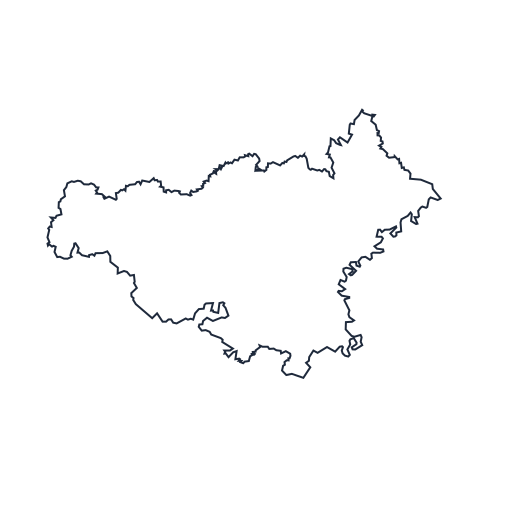 outline of Tantoyuca, Veracruz, Mexico, rotated 251°
{"feature_id": "50627088B9649339399974", "entity_name": "Tantoyuca", "entity_type": "district", "adm_level": 2, "iso_a3": "MEX", "parent_name": "Mexico", "parent_adm1": "Veracruz", "projection": "mercator", "projection_center": [-98.193, 21.39], "detail": "fine", "context": "isolated", "style": "outline", "palette": "slate", "viewbox_px": 512, "rotation_deg": 251, "n_neighbors": 0, "source": "geoboundaries", "source_scale": "gbopen_adm2", "svg_char_len": 6123}
<svg xmlns="http://www.w3.org/2000/svg" viewBox="0 0 512 512"><g transform="rotate(251 256 256)"><path d="M250.2,449.3L261.8,445.0L266.5,446.0L274.5,436.7L278.9,426.8L283.6,428.9L287.3,427.7L289.1,424.4L291.7,424.6L291.8,422.5L296.9,423.5L297.0,421.8L301.2,422.9L301.2,421.4L305.3,419.6L304.4,419.2L305.6,413.8L308.3,412.1L310.3,413.6L315.7,410.8L317.1,408.6L318.3,410.1L320.3,408.3L321.1,412.5L323.1,412.9L324.2,411.4L327.3,412.8L329.8,411.8L330.5,410.2L332.7,410.9L332.2,412.0L334.0,413.0L335.7,411.3L341.2,411.9L346.1,408.9L350.4,411.7L349.6,412.7L350.7,414.3L351.8,412.0L350.6,411.5L355.7,404.8L358.3,403.3L358.9,404.4L359.7,403.9L355.4,399.1L352.5,393.5L348.8,391.5L350.5,388.5L349.6,387.4L341.5,383.6L339.5,386.3L333.5,379.5L340.9,374.0L339.5,371.4L333.2,372.4L333.7,371.6L336.6,368.5L340.0,367.6L342.8,365.0L335.7,362.2L335.8,361.2L330.5,357.8L329.5,356.0L327.9,358.8L325.5,357.1L324.9,358.5L319.2,359.5L314.9,356.2L308.6,357.1L307.5,355.3L304.3,354.5L307.6,351.7L311.9,352.3L313.3,350.2L315.4,349.8L316.0,348.7L314.4,345.9L316.8,343.9L316.9,341.8L320.3,337.4L319.7,335.9L320.4,335.1L322.3,334.2L331.5,335.6L334.2,335.2L335.0,333.9L336.4,334.6L335.0,332.0L336.5,330.4L335.2,327.6L337.8,325.7L337.9,323.8L336.3,316.6L335.0,315.4L336.0,313.8L334.5,312.5L335.4,311.2L333.8,308.3L339.2,302.6L338.6,299.9L339.7,297.5L336.3,296.2L336.5,294.7L334.0,293.8L333.2,291.4L334.3,291.3L335.7,286.7L336.1,288.5L338.3,286.7L337.1,286.4L336.9,283.2L340.3,284.8L340.5,286.4L342.1,285.7L344.6,290.3L347.1,290.7L352.3,288.9L353.2,287.5L351.5,285.2L355.0,282.9L354.8,281.7L352.9,281.2L354.9,278.4L353.7,278.3L353.3,276.4L354.6,272.7L352.2,270.0L354.1,267.0L351.5,263.5L352.7,262.4L352.4,260.0L353.7,260.0L353.3,257.5L354.2,257.4L351.6,254.7L353.0,252.4L351.3,252.9L349.5,251.1L352.5,250.4L350.3,249.0L351.3,246.1L349.5,247.4L348.7,245.6L346.7,245.1L348.2,243.9L349.5,244.8L350.1,243.8L348.1,242.1L347.8,238.9L346.2,238.7L347.0,237.4L342.2,235.5L343.4,233.8L343.4,230.8L341.6,231.5L341.4,229.4L339.6,229.0L339.7,227.5L338.0,228.1L337.3,226.4L338.2,221.8L336.6,222.2L336.4,220.9L337.0,217.4L338.9,216.1L337.0,214.2L334.6,214.8L334.5,213.4L337.0,210.6L338.6,205.0L340.8,203.9L341.9,205.0L342.6,204.0L344.4,200.1L343.9,196.9L347.0,195.0L347.4,192.4L345.4,191.7L346.9,189.7L351.0,190.9L352.8,187.9L353.4,189.2L357.5,190.1L358.3,187.5L360.1,187.2L360.6,184.8L362.9,184.6L360.7,179.3L364.4,173.0L361.4,170.2L364.3,169.6L364.7,167.5L363.2,165.1L364.5,159.5L363.7,157.4L364.7,155.9L360.3,153.8L362.1,152.9L361.6,150.9L362.5,149.8L360.7,146.4L361.1,144.0L355.4,142.9L354.8,141.8L360.0,136.4L359.5,131.3L361.1,131.0L360.9,132.5L364.7,130.4L367.0,125.2L367.9,126.4L370.0,125.8L370.3,127.8L372.1,129.3L372.9,127.2L376.2,126.1L378.4,123.7L378.1,121.1L379.8,116.7L383.7,114.6L385.2,112.0L385.3,108.0L386.6,106.1L386.1,101.3L382.9,99.1L380.8,95.8L374.6,94.8L373.2,90.0L371.3,88.8L371.1,87.1L365.8,85.0L364.1,86.4L358.7,85.6L359.0,80.5L357.3,78.8L359.2,74.6L355.8,76.1L354.7,73.2L350.0,72.2L351.0,70.6L349.7,68.5L348.0,69.0L341.5,64.9L336.3,65.2L335.6,62.9L333.6,62.7L334.5,64.2L331.3,66.2L331.6,67.8L329.9,69.6L325.4,66.8L319.7,67.7L319.1,70.4L316.0,73.6L314.8,76.9L315.3,81.5L317.1,80.8L320.9,83.4L324.1,87.0L326.9,88.2L326.8,89.5L321.2,90.9L317.3,88.3L316.8,90.0L313.4,91.7L309.6,97.8L311.2,98.5L311.0,101.8L308.9,103.3L310.9,105.2L308.7,112.0L308.8,116.9L303.5,118.2L297.9,116.4L290.0,121.6L284.5,119.5L284.8,126.3L283.0,128.8L278.4,130.6L277.8,134.4L271.1,132.9L270.2,131.8L264.6,132.9L261.5,126.0L258.3,125.1L256.1,126.5L254.4,125.6L249.6,126.7L231.0,137.6L234.0,143.8L224.3,146.3L223.2,149.6L224.5,152.6L223.7,155.1L219.9,156.0L218.1,159.0L219.8,169.2L218.0,170.9L217.9,173.9L216.3,175.9L221.6,179.7L224.4,184.7L223.2,189.4L226.7,191.5L227.4,193.3L225.5,200.0L219.0,195.7L218.5,197.6L217.1,197.5L214.5,201.7L223.4,206.1L223.0,209.6L221.6,210.7L220.1,209.0L216.9,210.3L208.6,210.5L207.5,206.5L209.1,203.5L208.6,194.1L213.6,189.6L211.8,184.8L208.9,183.1L209.7,180.1L207.7,178.8L203.1,180.4L202.3,184.3L199.4,187.5L196.3,188.1L189.8,196.0L187.7,197.2L185.7,196.1L176.0,204.0L175.1,200.6L176.9,195.3L175.5,195.7L174.0,194.4L173.7,195.7L169.3,197.1L172.4,203.1L172.4,206.7L165.1,202.9L164.4,206.8L163.6,207.3L162.5,205.5L161.5,208.0L160.7,206.7L158.8,209.0L159.8,210.9L159.0,215.0L163.1,217.8L163.5,219.9L164.9,220.0L164.8,221.9L163.5,221.2L163.3,222.2L163.8,223.0L165.5,221.8L166.3,221.8L165.7,224.5L166.9,225.0L168.6,230.3L170.3,230.3L168.1,232.6L166.4,237.6L163.8,238.3L162.7,242.6L160.3,244.5L158.3,248.5L155.7,248.0L156.3,253.2L152.5,256.5L150.4,256.1L148.3,254.4L148.7,253.3L146.7,252.8L147.4,251.1L146.4,248.4L143.8,247.9L143.4,245.9L139.2,243.3L133.6,245.9L132.9,251.5L125.4,261.1L133.1,271.1L138.7,268.6L139.7,271.9L143.1,273.4L147.9,279.5L144.4,282.7L146.8,293.5L139.8,299.7L143.0,305.6L142.6,308.0L141.5,308.5L138.6,306.3L135.7,306.2L132.8,307.7L130.9,310.5L132.0,312.5L137.9,312.0L141.7,316.3L145.4,316.8L146.5,318.1L146.5,321.7L141.3,322.9L139.9,322.2L138.5,316.8L136.3,316.9L135.3,319.4L137.1,327.4L140.9,327.1L144.8,329.4L147.3,329.2L147.6,322.8L149.3,320.4L157.4,316.9L164.2,319.5L162.6,325.3L163.2,327.7L167.7,324.4L170.8,324.4L174.2,326.6L185.2,325.1L186.2,325.9L186.0,330.5L186.9,330.8L190.6,324.1L195.3,321.8L196.1,322.8L194.7,325.7L195.7,329.5L202.3,325.0L205.8,328.1L202.9,331.4L203.4,333.0L206.6,334.9L212.9,333.5L215.5,334.6L215.5,337.6L212.2,342.7L210.0,342.4L208.6,338.1L206.9,339.3L206.8,340.7L209.4,345.8L217.2,341.6L219.2,343.6L217.8,348.5L214.2,347.9L212.1,350.6L212.9,351.5L217.5,350.9L220.3,355.4L219.6,359.2L215.3,362.5L216.3,364.9L220.6,365.8L221.1,367.6L218.6,374.5L218.8,378.0L220.8,378.3L223.5,372.8L226.6,371.2L228.3,378.5L231.3,381.7L233.3,381.0L235.0,376.3L241.0,380.1L240.5,381.9L237.6,382.8L238.9,386.3L237.5,390.9L238.4,398.0L237.2,397.9L233.6,390.4L229.5,392.2L229.2,393.9L229.8,395.5L232.5,396.3L232.0,401.3L240.7,403.6L243.4,405.5L244.5,412.5L246.8,416.3L244.7,416.9L238.6,414.0L234.1,417.8L234.0,419.2L241.1,418.7L239.9,421.6L240.6,423.0L245.8,424.0L248.1,427.5L248.6,429.4L246.2,432.5L246.6,433.9L253.3,437.8L254.5,440.2L249.8,446.0L250.2,449.3Z" fill="none" stroke="#1e293b" stroke-width="2"/></g></svg>